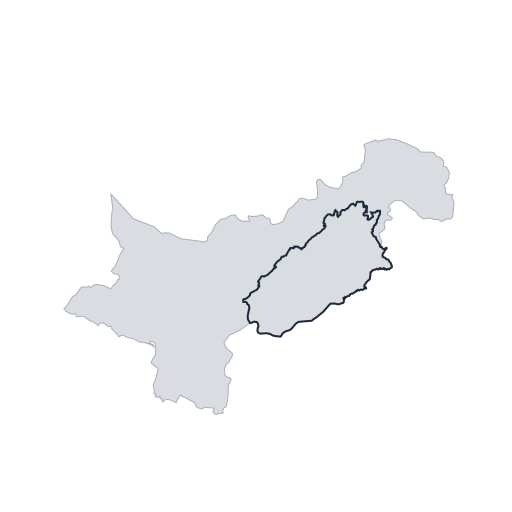 Punjab on a map of Pakistan (Equal Earth projection), rotated 27°
{"feature_id": "PAK-1113", "entity_name": "Punjab", "entity_type": "Province", "adm_level": 1, "iso_a3": "PAK", "parent_name": "Pakistan", "parent_adm1": "", "projection": "equal_earth", "projection_center": [72.142, 30.862], "detail": "fine", "context": "in_parent", "style": "outline", "palette": "slate", "viewbox_px": 512, "rotation_deg": 27, "n_neighbors": 0, "source": "natural_earth", "source_scale": "10m", "svg_char_len": 9769}
<svg xmlns="http://www.w3.org/2000/svg" viewBox="0 0 512 512"><g transform="rotate(27 256 256)"><path d="M407.8,117.8L413.4,131.7L412.5,134.7L408.4,137.0L406.8,139.9L404.9,141.2L402.3,140.7L396.9,142.9L394.4,142.9L388.1,147.1L383.1,146.3L378.0,143.7L373.5,143.5L361.1,140.5L354.6,143.3L351.5,150.3L351.8,151.6L354.0,152.6L354.9,153.9L355.0,155.0L353.6,158.0L354.5,159.4L360.2,160.2L360.3,161.3L359.6,162.8L355.5,165.3L355.1,167.0L355.6,169.3L358.4,172.5L357.8,175.6L355.5,179.3L355.7,180.6L358.1,183.5L361.5,185.7L362.0,189.0L361.6,190.3L362.5,191.4L368.5,191.7L368.1,195.5L369.0,198.5L371.0,199.4L374.8,199.3L379.6,201.6L381.6,204.0L381.4,205.6L380.1,207.6L370.2,212.5L366.6,215.9L365.8,218.6L367.5,225.0L366.0,232.2L366.5,233.6L367.9,234.1L368.3,236.1L363.4,239.8L362.6,239.8L356.2,249.5L354.1,251.7L353.8,253.9L354.8,257.3L352.4,260.6L344.1,264.8L341.2,274.8L334.8,288.5L323.7,295.7L322.8,297.2L319.5,306.4L316.0,310.8L314.4,316.5L308.0,319.0L300.9,320.0L294.8,323.1L293.2,323.2L291.2,321.6L289.9,317.2L287.2,314.9L285.5,314.9L280.4,319.5L275.4,329.4L268.2,338.7L266.8,347.1L267.5,348.8L272.0,351.8L278.5,353.1L280.2,355.1L279.9,362.8L278.7,366.6L279.2,370.9L282.4,376.3L286.1,377.0L288.5,376.4L290.0,377.4L290.1,383.9L294.6,393.5L297.9,403.6L296.5,405.4L296.4,406.7L296.4,408.9L297.9,410.5L297.8,411.3L294.7,412.8L293.0,415.0L291.2,415.6L288.5,414.5L287.9,410.8L286.7,410.9L278.9,414.3L277.3,416.9L273.0,417.6L271.2,417.4L268.1,414.7L254.9,414.2L253.4,414.9L252.5,413.6L251.4,414.9L251.3,423.0L246.6,422.9L242.4,423.9L240.0,425.8L239.0,428.6L237.5,426.1L235.7,426.6L233.9,424.6L233.1,426.6L230.1,427.1L229.6,424.2L228.0,425.2L226.8,423.6L226.3,421.5L224.1,419.5L223.0,417.3L222.6,412.1L220.4,401.7L219.0,400.8L211.1,398.9L210.7,397.1L211.2,389.2L208.7,385.1L208.0,382.3L205.9,379.8L203.9,379.1L201.8,379.4L200.0,382.0L204.5,381.7L206.7,383.3L202.0,382.8L195.0,384.0L190.9,385.7L185.4,385.2L178.5,386.9L172.9,387.0L170.4,390.3L168.2,388.9L160.4,386.3L158.6,384.4L156.1,386.1L151.8,384.9L148.5,385.8L147.3,387.3L147.1,389.6L140.8,388.4L137.6,389.2L130.7,388.1L128.8,388.4L123.6,391.6L121.4,389.2L119.1,391.1L115.5,391.7L112.2,391.5L108.7,390.2L109.8,387.6L111.1,375.1L113.0,372.7L114.3,364.1L115.0,362.5L120.0,360.1L120.8,358.7L123.0,359.0L124.6,355.5L127.2,353.6L134.1,351.4L141.5,351.2L142.2,346.3L143.5,345.2L143.5,339.9L144.8,338.7L144.7,337.9L143.8,336.4L142.1,335.3L137.1,336.2L134.1,335.3L134.2,332.5L135.3,328.8L134.2,315.5L134.8,309.1L131.0,309.3L126.9,304.6L117.9,301.1L112.9,294.7L107.7,282.3L107.4,279.5L98.6,266.7L130.2,278.5L151.7,276.2L162.0,278.9L163.5,277.2L167.9,275.0L181.7,274.6L204.1,266.6L205.7,263.9L204.5,261.9L204.4,260.2L205.8,254.7L205.6,247.2L206.8,242.2L207.9,239.3L211.8,236.5L214.5,232.0L216.5,230.2L218.3,229.1L220.3,229.3L222.0,230.7L225.4,231.4L228.6,231.0L234.2,228.1L234.1,227.2L231.5,225.3L231.1,223.9L232.1,223.1L234.3,222.8L239.7,219.5L242.6,216.3L248.0,217.5L251.0,216.3L254.6,220.3L256.3,220.6L260.4,217.9L264.3,212.8L263.7,200.0L266.9,193.6L266.9,191.5L267.9,189.7L268.9,184.9L270.2,183.8L272.8,183.0L277.0,182.6L283.6,178.1L284.0,176.0L281.2,169.6L276.2,162.5L276.6,159.7L278.6,158.6L284.9,160.9L291.2,161.1L298.9,158.6L299.7,156.8L299.8,150.5L297.3,146.4L299.2,144.7L303.6,137.9L306.7,135.4L309.9,129.9L308.4,127.2L309.5,124.2L309.0,120.7L308.0,119.4L306.2,113.5L304.6,110.9L301.6,108.3L302.6,106.3L309.9,98.4L312.8,98.5L313.8,97.1L318.9,93.4L320.1,91.7L328.9,88.5L338.2,87.6L350.5,87.1L355.6,88.6L366.2,83.4L367.9,83.4L371.7,85.5L374.8,84.6L376.5,84.9L380.3,86.4L381.9,90.8L382.5,91.1L384.7,90.3L386.4,90.7L390.6,94.2L392.4,99.7L392.4,105.1L391.2,107.1L391.4,108.1L394.4,109.7L395.9,113.6L397.9,114.1L403.6,112.1L403.8,115.0L407.8,117.8Z" fill="#d9dde1" stroke="#a8b0b8" stroke-width="1"/><path d="M379.6,201.4L381.4,203.1L382.0,203.8L382.1,204.4L381.9,204.9L381.3,205.7L380.9,207.3L380.0,207.3L379.0,207.9L378.5,208.3L378.6,208.9L377.9,208.8L377.5,209.1L377.2,209.2L376.0,208.6L375.6,208.7L375.8,209.5L375.1,209.4L374.9,209.5L374.6,210.2L374.3,210.3L373.0,210.4L372.7,210.9L371.9,210.5L371.5,211.1L371.4,212.0L371.0,212.6L370.6,212.7L369.4,212.5L368.8,213.6L368.3,214.0L366.5,215.6L366.3,216.1L366.2,217.1L366.0,217.4L365.9,217.9L365.6,218.1L365.4,218.6L366.7,221.2L367.3,223.6L367.9,224.7L367.9,225.1L367.8,225.6L367.0,227.0L366.3,229.2L366.2,229.8L366.2,230.9L365.8,232.5L366.0,233.4L366.4,234.1L366.7,234.2L368.0,234.0L368.8,234.9L367.3,235.9L367.0,236.4L367.0,236.9L366.1,238.0L364.9,238.2L364.6,238.4L364.3,238.8L363.8,239.8L362.7,239.6L362.2,239.8L361.9,240.3L362.1,240.8L361.9,241.2L361.0,241.8L361.2,242.5L360.6,243.2L359.8,244.4L359.6,244.9L359.4,245.2L359.2,245.7L358.2,246.2L357.4,247.2L357.2,247.6L357.3,248.6L357.2,249.2L356.9,249.5L356.2,249.8L354.7,252.1L354.1,252.1L354.3,252.8L353.9,252.7L353.5,253.0L353.2,253.3L353.0,253.9L354.0,254.5L354.8,256.3L355.1,257.4L355.0,258.1L351.8,261.3L351.1,261.8L347.5,262.7L344.1,264.6L343.8,265.0L341.2,275.2L337.7,283.2L335.9,286.2L335.3,288.0L334.7,288.6L324.5,294.9L324.0,295.3L322.5,297.4L322.1,298.5L320.9,303.8L320.5,305.1L320.0,306.2L319.2,307.2L316.8,309.5L315.2,311.9L314.9,313.0L314.6,316.2L314.5,316.6L314.3,316.8L308.3,319.0L306.7,319.2L305.1,319.0L303.4,319.2L301.7,319.6L300.2,320.2L295.5,323.0L293.9,323.4L292.5,323.2L291.5,322.4L290.8,321.0L290.2,319.4L290.2,317.9L290.0,317.3L288.6,315.6L287.5,314.8L286.5,314.5L285.4,315.0L284.3,315.2L283.9,315.5L282.8,317.0L281.2,318.4L279.0,317.1L277.8,316.2L277.1,315.5L275.9,313.3L275.6,312.6L274.4,308.3L274.3,307.6L273.9,306.9L273.9,305.6L273.6,305.1L272.8,304.4L272.3,303.2L269.9,302.8L269.7,302.6L269.7,302.1L269.5,301.9L268.4,301.6L267.6,301.6L265.5,302.7L264.5,300.8L264.5,300.3L264.7,300.0L266.1,299.1L267.2,297.3L268.5,293.8L268.4,293.5L267.9,292.8L268.0,291.6L268.3,290.8L269.3,289.8L270.7,287.4L271.6,286.5L272.0,285.8L272.7,281.9L272.7,281.2L272.4,281.1L271.9,281.6L271.7,281.6L271.2,280.8L271.3,279.2L271.2,278.7L270.7,278.3L269.6,278.1L269.4,277.8L270.0,274.2L270.0,272.3L270.3,271.5L270.6,271.2L271.3,270.9L272.5,270.7L272.9,270.2L273.7,268.9L274.7,268.0L275.8,264.8L276.9,262.3L277.2,261.3L277.2,260.5L277.4,259.7L278.1,258.7L278.6,257.6L278.8,256.7L278.5,256.5L277.9,256.5L277.6,256.7L277.3,257.3L277.2,257.3L277.1,257.0L277.1,256.2L276.6,255.8L276.6,255.5L277.2,253.3L277.3,251.9L277.6,251.2L279.4,247.6L279.4,247.2L279.1,246.3L279.5,244.9L279.7,244.6L280.4,244.5L282.0,242.0L282.6,241.8L282.7,241.7L282.7,241.0L282.5,240.3L282.8,235.1L283.0,235.3L283.3,234.7L283.1,233.4L283.2,233.2L284.7,232.2L286.0,232.1L286.1,231.8L285.9,230.6L286.3,230.7L286.5,230.5L286.7,229.8L287.1,229.4L288.1,229.3L289.0,228.6L289.6,228.7L290.7,229.2L292.2,228.6L293.3,229.4L293.6,228.7L294.1,228.1L294.0,227.6L294.2,226.8L294.4,226.6L294.9,226.3L295.1,226.0L295.2,225.1L295.0,224.3L295.4,223.8L294.8,222.7L295.8,219.8L295.7,218.7L297.0,215.8L297.3,214.3L297.5,213.8L298.4,212.7L298.7,211.6L299.8,210.4L299.9,209.9L300.0,209.1L300.2,208.4L300.9,207.5L301.9,206.9L302.1,206.5L302.5,204.9L303.1,203.6L303.2,202.4L304.3,200.5L304.4,200.0L304.5,198.2L304.3,197.8L304.2,197.5L304.0,197.3L303.8,197.3L303.6,197.7L303.3,197.9L303.0,198.4L302.8,198.5L302.6,198.3L302.5,197.7L302.8,196.6L302.7,196.0L302.6,195.9L301.3,196.1L301.1,195.9L300.9,195.5L300.6,193.9L300.5,192.7L299.8,190.8L300.3,190.3L300.6,188.0L300.8,187.3L301.2,186.4L301.6,186.1L303.5,185.1L304.5,185.6L306.2,185.0L306.4,184.8L306.8,184.2L306.8,183.9L306.6,183.5L306.3,183.5L306.2,183.4L306.4,182.1L306.1,181.3L306.0,180.8L305.8,180.4L305.7,180.0L305.9,179.3L306.0,179.1L306.5,179.7L307.1,179.9L307.4,180.0L308.2,179.7L308.8,180.1L309.2,180.7L309.3,181.8L309.7,182.6L310.4,183.4L311.3,183.9L311.5,183.6L311.5,182.6L311.7,182.1L312.2,181.3L312.3,180.7L312.3,180.2L311.5,179.2L311.4,178.9L311.3,178.5L311.8,177.3L311.7,176.4L312.1,175.8L313.2,175.2L314.2,175.1L314.5,174.7L314.6,174.1L315.2,172.9L316.0,172.3L316.2,172.0L316.2,170.9L316.5,170.1L316.6,168.8L317.5,166.4L318.3,165.9L318.8,165.3L319.3,165.5L320.0,165.6L320.7,165.9L321.1,165.6L321.6,165.9L321.7,164.9L321.4,162.4L321.7,161.5L323.8,160.9L325.3,159.6L326.1,159.4L327.2,159.4L327.7,160.8L327.9,161.1L329.2,161.4L329.6,161.6L329.6,161.8L329.0,162.5L328.9,162.8L329.5,163.4L329.8,163.6L330.4,163.3L330.8,162.5L331.2,162.3L331.3,161.8L331.7,161.3L332.0,161.2L332.4,161.7L332.2,162.2L332.3,162.5L332.7,162.9L333.1,162.8L333.2,163.0L333.2,163.7L332.9,164.2L333.2,164.4L333.6,164.3L333.9,164.6L333.8,164.9L333.3,165.4L333.2,165.8L333.3,166.1L334.0,166.1L334.4,166.3L334.9,166.4L334.9,166.9L333.1,167.9L332.7,168.5L332.6,169.2L333.1,170.4L333.5,170.8L334.0,170.8L334.4,170.7L335.8,169.8L336.5,169.5L337.2,169.4L337.6,169.5L338.0,170.1L338.4,171.0L338.2,172.0L338.6,172.5L339.5,172.9L339.9,172.7L340.9,171.3L341.6,169.4L342.3,168.5L342.5,167.9L340.7,166.0L338.7,164.9L339.1,164.7L340.0,164.8L340.9,164.0L342.4,163.2L342.6,162.5L343.2,161.6L343.2,160.9L343.4,160.7L344.3,160.9L345.1,159.8L345.7,159.4L346.2,159.7L347.4,162.2L347.5,163.0L347.2,164.9L347.7,166.4L347.8,167.3L347.4,168.5L347.3,169.2L348.1,170.3L348.5,171.2L348.5,171.6L348.4,171.9L348.1,172.2L348.4,173.9L347.9,174.2L347.8,174.9L347.4,175.5L347.4,176.0L347.9,176.9L347.8,177.7L347.9,179.1L347.5,179.3L347.5,179.6L348.2,179.5L348.3,180.0L348.8,180.5L349.0,180.7L348.8,181.8L348.3,182.3L348.7,182.8L349.3,183.3L350.5,183.9L351.1,184.3L351.3,184.7L351.9,185.1L352.2,185.1L352.9,184.8L353.8,184.7L354.5,185.0L355.3,186.2L361.8,190.0L361.6,190.3L362.0,191.2L362.4,191.4L362.8,191.5L363.8,191.0L364.1,190.9L365.4,192.0L366.8,191.8L367.5,191.3L367.9,190.0L368.3,189.6L368.6,189.5L368.9,189.8L369.0,190.4L368.2,192.6L368.4,194.7L367.9,196.0L367.9,196.5L368.5,198.3L369.1,199.0L369.8,199.3L371.9,198.9L373.3,199.7L374.1,199.6L374.9,199.2L375.5,199.2L376.1,199.4L377.5,200.6L378.9,200.9L379.6,201.4Z" fill="none" stroke="#1e293b" stroke-width="2"/></g></svg>